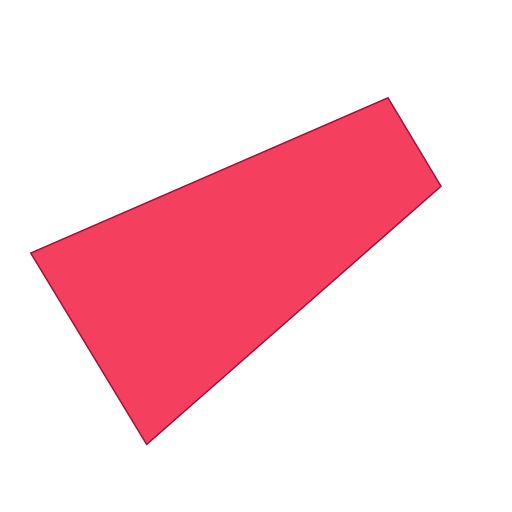 the district of Vlahita, Harghita, Romania, rotated 61°
{"feature_id": "2599482B68924224489535", "entity_name": "Vlahita", "entity_type": "district", "adm_level": 2, "iso_a3": "ROU", "parent_name": "Romania", "parent_adm1": "Harghita", "projection": "natural_earth1", "projection_center": [25.464, 46.352], "detail": "fine", "context": "isolated", "style": "filled", "palette": "rose", "viewbox_px": 512, "rotation_deg": 61, "n_neighbors": 0, "source": "geoboundaries", "source_scale": "gbopen_adm2", "svg_char_len": 228}
<svg xmlns="http://www.w3.org/2000/svg" viewBox="0 0 512 512"><g transform="rotate(61 256 256)"><path d="M367.8,443.0L284.7,60.4L181.6,63.9L144.2,451.6L367.8,443.0Z" fill="#f43f5e" stroke="#9f1239" stroke-width="1.5"/></g></svg>